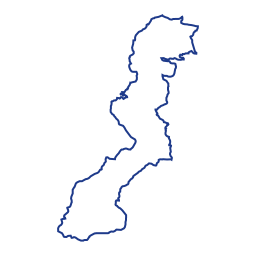 outline of Aserri, San José, Costa Rica
{"feature_id": "36466004B1589353169511", "entity_name": "Aserri", "entity_type": "district", "adm_level": 2, "iso_a3": "CRI", "parent_name": "Costa Rica", "parent_adm1": "San José", "projection": "albers", "projection_center": [-84.129, 9.746], "detail": "fine", "context": "isolated", "style": "outline", "palette": "blue", "viewbox_px": 256, "rotation_deg": 0, "n_neighbors": 0, "source": "geoboundaries", "source_scale": "gbopen_adm2", "svg_char_len": 5790}
<svg xmlns="http://www.w3.org/2000/svg" viewBox="0 0 256 256"><path d="M162.3,15.4L158.5,16.9L154.8,17.6L154.3,18.2L153.2,18.3L151.4,19.2L150.9,20.7L148.8,24.0L148.3,24.5L147.6,24.2L146.6,24.9L146.6,26.5L145.4,28.2L144.5,28.8L142.9,29.4L142.2,30.3L141.7,30.7L138.8,31.9L135.8,35.3L135.1,37.3L135.1,39.6L134.9,40.3L133.4,40.4L133.2,43.8L132.1,47.6L132.7,50.5L133.4,51.2L133.7,51.7L133.7,53.4L132.7,54.5L130.4,55.7L129.8,56.4L129.8,57.4L129.2,58.1L129.6,59.8L129.7,61.3L131.0,63.6L129.8,64.2L129.5,64.6L129.2,65.5L129.2,66.5L129.3,67.1L129.9,68.8L130.6,70.2L131.6,71.4L132.9,71.8L135.7,71.8L136.4,71.8L136.6,72.1L137.2,73.8L137.2,74.5L136.6,75.7L136.9,77.4L136.8,79.5L135.6,81.5L131.7,82.4L130.6,83.0L130.3,82.8L129.7,84.9L128.2,87.0L128.1,88.1L127.6,89.1L127.2,88.8L126.8,89.4L125.8,90.0L124.4,92.2L122.5,92.1L122.9,92.8L121.1,93.4L120.7,93.7L120.6,94.2L120.8,94.5L122.0,94.3L122.8,95.2L123.3,95.5L123.6,95.4L123.9,94.3L124.2,94.3L125.0,95.2L126.0,95.7L126.0,96.2L127.0,96.5L127.1,97.2L126.0,97.3L125.3,97.8L124.8,97.9L123.6,98.9L123.0,98.5L122.5,97.5L121.4,97.1L120.8,97.2L120.3,98.1L119.8,98.5L119.4,98.5L119.0,98.1L117.1,97.9L116.9,99.2L115.9,100.2L115.5,100.4L114.1,100.4L112.7,101.3L111.9,101.3L111.4,101.9L111.6,103.6L111.3,105.2L110.9,106.0L110.9,108.7L110.6,109.6L110.7,112.0L112.2,114.1L113.6,114.9L114.5,116.5L115.2,117.0L116.1,118.5L117.5,119.7L118.2,120.6L118.7,121.8L118.9,123.8L119.4,124.5L123.1,125.8L124.4,127.5L125.9,130.3L130.7,136.7L131.2,137.2L134.9,139.4L135.5,140.4L135.7,141.3L135.4,142.7L132.9,147.1L132.3,147.8L130.9,148.9L130.5,149.5L128.6,149.4L126.5,148.6L125.8,148.5L123.8,149.0L123.0,149.5L121.7,149.5L121.1,149.9L119.8,151.5L118.8,153.2L117.1,155.0L115.7,156.9L115.1,158.1L115.0,159.2L109.6,158.8L107.6,157.3L106.3,157.4L105.6,159.2L105.8,161.6L104.3,163.2L103.9,164.7L103.4,165.3L102.5,166.0L101.9,166.7L101.6,167.6L101.7,169.3L101.4,169.6L100.4,169.6L100.1,169.8L98.6,172.1L97.5,172.9L94.7,173.9L90.7,176.3L89.2,177.8L88.1,178.5L87.1,178.9L85.6,179.2L82.0,181.2L79.6,181.2L77.2,182.3L75.9,183.4L74.6,186.9L74.3,187.1L72.7,189.7L72.7,193.5L71.4,196.6L71.1,198.2L71.1,198.8L71.5,199.8L71.7,200.9L71.7,202.4L71.5,202.6L70.5,205.8L69.7,206.9L67.3,207.7L67.4,208.5L68.0,209.6L68.3,211.2L67.9,212.2L64.4,215.2L64.1,216.0L64.1,216.9L65.0,217.6L65.3,218.6L64.1,218.9L62.9,218.9L61.4,219.5L62.2,222.4L62.2,223.0L61.6,224.3L61.0,225.0L59.9,225.6L59.0,226.5L58.3,227.8L58.1,228.6L58.2,231.3L62.0,233.2L63.2,235.1L63.8,236.6L64.4,236.9L66.4,237.0L68.1,235.9L70.7,235.7L71.6,237.8L72.8,237.7L73.7,237.2L74.5,237.2L75.6,237.6L78.1,239.4L81.0,240.6L83.3,240.6L83.9,240.2L84.7,240.0L87.0,240.0L87.8,239.2L89.0,237.2L89.3,237.1L89.4,236.5L90.5,235.6L94.0,233.7L95.1,233.3L96.0,233.3L96.2,233.2L108.1,233.2L109.1,232.7L109.2,232.4L110.7,231.7L111.5,231.5L113.1,231.7L114.2,231.3L115.4,230.6L116.1,229.8L116.6,229.6L121.0,229.9L123.9,228.4L124.8,227.2L125.5,224.5L125.5,222.1L126.0,220.1L126.0,218.0L126.1,217.8L126.1,215.1L122.4,210.4L120.3,208.4L119.8,208.1L119.3,208.0L117.6,206.6L117.1,205.9L115.8,205.2L115.5,204.4L115.8,203.1L115.8,201.3L116.1,200.7L116.4,200.4L119.0,200.6L119.0,200.0L118.3,199.2L118.2,198.2L119.0,197.6L119.4,196.6L119.4,195.6L119.1,194.5L119.1,192.9L119.4,192.3L120.2,191.7L120.3,189.1L121.1,188.1L121.6,187.1L122.5,186.3L124.0,186.1L125.8,185.5L126.7,184.8L127.8,184.4L128.4,183.6L128.5,182.1L130.7,179.4L131.6,178.7L132.0,178.6L133.1,177.3L133.1,176.6L133.4,176.0L137.9,172.8L138.7,171.8L141.0,170.7L142.0,169.3L144.4,167.8L145.6,165.7L147.3,164.9L149.0,163.4L151.5,163.7L153.5,165.1L155.9,165.6L156.4,165.1L156.9,163.2L158.4,162.0L158.7,161.1L158.7,159.9L159.0,159.7L160.1,159.3L162.5,159.4L162.9,159.2L167.2,159.5L170.9,159.3L171.5,159.7L171.9,157.9L171.6,157.2L170.6,156.0L170.0,154.2L170.1,153.1L170.8,151.8L170.2,147.9L170.9,146.4L171.0,145.6L170.4,145.1L170.0,145.1L169.3,145.3L169.1,145.0L170.1,143.1L170.2,141.1L169.9,140.1L168.9,138.3L169.0,136.9L168.6,136.7L168.0,136.7L166.6,135.8L165.8,134.8L165.5,134.1L165.5,132.8L165.9,130.9L165.9,130.4L165.5,129.9L165.7,129.1L166.0,128.9L166.1,128.6L165.3,128.0L165.7,127.0L166.7,126.2L167.2,124.8L168.0,124.9L168.4,124.3L167.8,123.2L166.4,123.0L165.4,122.4L163.9,122.2L163.6,121.0L162.8,120.0L159.9,118.6L158.2,115.7L157.4,115.4L156.8,114.9L156.7,114.4L157.4,113.9L157.4,113.4L156.4,111.9L155.5,109.9L155.5,109.5L157.1,109.5L158.4,107.8L159.6,107.2L160.9,106.0L163.5,105.0L164.5,104.3L165.0,104.3L166.6,103.6L167.2,102.8L167.1,101.8L166.4,100.6L166.4,97.8L167.2,96.1L167.5,94.6L168.6,93.1L168.6,92.0L168.0,89.8L168.0,87.1L168.5,86.3L168.3,85.3L168.3,83.4L167.7,82.8L166.8,81.3L166.2,80.7L163.4,79.3L162.5,76.2L162.5,75.0L164.0,75.8L167.0,75.9L167.7,76.4L169.1,76.7L170.6,76.7L172.7,76.0L173.8,74.8L174.4,73.3L175.2,69.0L175.9,67.8L176.0,66.3L175.6,65.3L175.5,64.1L175.1,63.7L174.0,63.4L172.2,63.4L170.8,63.1L170.5,62.9L169.7,61.5L169.1,61.2L167.6,61.2L163.6,60.7L162.3,60.0L161.4,58.2L163.8,58.1L164.4,58.6L167.3,59.5L168.4,59.5L169.0,59.2L169.7,58.6L170.9,58.5L171.8,58.8L173.5,58.8L173.9,58.4L174.7,58.1L176.3,58.8L177.0,59.3L178.2,59.7L180.9,59.8L182.3,59.4L183.7,59.5L183.8,58.7L183.2,57.8L180.9,57.5L179.9,57.0L179.6,55.8L180.3,54.7L182.3,55.0L182.7,54.0L184.3,54.1L185.6,53.4L188.5,53.4L188.5,52.6L189.3,51.9L191.5,51.0L193.3,53.0L194.2,53.5L196.3,53.7L196.4,52.9L195.2,51.8L194.8,51.1L192.2,42.4L192.2,40.1L190.8,37.9L190.4,36.6L190.8,36.3L192.0,36.2L193.2,34.8L193.4,33.5L193.8,32.5L194.5,31.8L195.0,31.6L195.4,30.7L196.6,30.6L197.7,28.2L197.9,26.3L195.6,26.1L194.3,25.7L191.6,25.1L188.4,24.7L187.5,24.4L184.6,24.2L183.0,23.8L181.5,23.0L181.2,22.8L181.2,21.1L182.2,20.1L182.4,19.6L182.4,17.5L182.2,16.8L181.7,17.0L181.2,17.7L180.2,18.4L178.8,18.9L173.1,19.0L172.1,19.5L171.7,19.6L169.8,19.3L167.7,17.9L165.4,17.2L162.4,15.8L162.3,15.4Z" fill="none" stroke="#1e3a8a" stroke-width="2"/></svg>